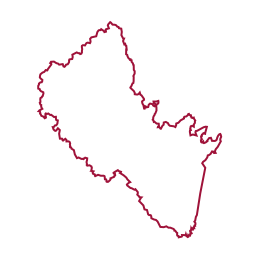 Ballinamore-Lea-6, Leitrim, Ireland (Mercator projection), rotated 186°
{"feature_id": "5873133B64566250281518", "entity_name": "Ballinamore-Lea-6", "entity_type": "district", "adm_level": 2, "iso_a3": "IRL", "parent_name": "Ireland", "parent_adm1": "Leitrim", "projection": "mercator", "projection_center": [-7.852, 54.028], "detail": "fine", "context": "isolated", "style": "outline", "palette": "rose", "viewbox_px": 256, "rotation_deg": 186, "n_neighbors": 0, "source": "geoboundaries", "source_scale": "gbopen_adm2", "svg_char_len": 5821}
<svg xmlns="http://www.w3.org/2000/svg" viewBox="0 0 256 256"><g transform="rotate(186 128 128)"><path d="M53.7,29.9L54.4,31.0L55.3,31.2L55.5,32.2L54.6,33.2L54.6,34.6L54.0,33.6L53.4,34.2L52.8,33.8L52.4,34.7L52.9,35.2L51.7,35.3L52.2,36.5L51.6,37.1L51.7,37.7L51.1,37.8L51.3,38.3L50.9,39.0L51.0,40.5L52.2,41.8L51.5,42.9L51.2,46.7L50.4,48.6L49.3,70.7L47.0,96.5L50.5,100.7L49.8,102.2L47.7,104.1L46.1,107.0L45.8,109.1L44.7,109.5L43.2,110.8L42.0,113.5L40.4,113.4L40.4,112.6L39.8,112.1L38.3,112.4L39.1,113.6L38.9,114.8L38.5,116.1L36.8,118.6L34.3,124.5L35.0,125.7L35.0,127.1L34.4,129.0L35.0,130.8L35.6,131.7L36.4,131.4L37.5,129.9L38.2,127.9L38.6,125.6L39.5,124.6L40.3,124.2L43.1,124.0L44.5,126.9L46.2,126.5L48.2,123.2L47.9,123.0L49.2,121.8L50.9,120.9L51.4,121.1L51.8,122.5L52.9,121.3L53.5,121.5L53.9,121.9L54.2,123.5L53.8,123.7L53.3,124.5L54.1,125.6L54.4,127.1L54.0,127.1L53.7,127.6L53.8,129.1L52.8,130.0L52.5,130.7L51.5,131.1L51.2,130.4L50.7,130.3L50.7,131.2L49.7,137.4L51.0,137.4L52.8,136.7L59.0,132.4L60.2,132.1L60.4,131.7L60.4,130.3L59.1,127.7L62.8,128.3L65.1,127.2L66.1,130.7L66.1,132.2L65.3,132.5L66.1,134.2L65.8,134.8L65.9,135.6L65.7,136.3L64.4,136.9L62.7,136.2L62.9,138.4L62.0,140.1L62.2,141.8L61.9,142.4L63.3,144.1L63.7,145.2L64.6,144.7L65.8,144.9L65.9,145.6L66.7,145.9L66.7,147.2L68.6,147.5L68.9,148.4L69.5,148.2L69.9,147.0L71.2,145.6L73.0,145.1L73.5,144.4L73.3,143.3L76.5,141.1L78.4,138.5L80.5,137.5L80.4,135.8L81.0,133.9L82.6,134.5L86.6,134.6L88.0,135.6L88.6,136.9L91.0,138.0L93.0,137.2L92.9,135.0L94.0,133.8L95.2,130.7L95.6,130.7L97.0,132.2L98.4,131.9L98.3,132.5L97.4,133.1L97.9,135.5L100.0,135.4L102.5,137.1L103.0,136.8L103.6,138.3L104.3,138.8L103.9,139.7L104.0,141.1L103.7,142.4L103.0,143.6L102.9,144.7L102.4,145.2L101.5,148.4L101.9,151.6L102.3,152.1L102.4,153.1L102.0,154.4L100.5,155.6L100.4,157.0L100.7,158.1L102.6,157.3L105.4,157.0L105.2,156.2L104.4,155.2L103.6,154.9L103.3,153.9L102.4,153.1L103.3,152.5L103.8,152.3L105.2,152.9L106.2,154.3L108.6,154.6L109.8,153.3L110.1,151.0L112.0,150.4L112.4,151.2L113.0,151.4L113.0,150.3L113.4,149.9L113.5,149.0L114.0,149.0L115.1,152.4L116.2,153.8L116.8,155.6L116.6,156.2L115.0,157.7L115.2,158.7L118.0,161.9L119.1,162.4L120.0,164.5L121.1,162.8L122.4,162.2L124.8,162.3L125.0,163.7L126.0,165.3L129.8,168.2L129.9,168.5L129.0,170.1L128.2,172.8L127.4,173.3L127.3,175.1L127.7,179.6L128.1,180.2L127.1,182.8L127.3,185.2L128.3,186.4L128.9,191.1L129.3,191.2L129.9,192.8L131.4,194.3L131.5,195.7L132.9,195.9L132.7,196.6L134.0,196.9L134.9,197.6L136.0,199.3L136.4,200.6L137.6,201.2L138.0,205.9L137.5,205.9L138.3,209.5L138.8,209.6L139.6,211.4L140.4,210.8L142.0,214.0L141.3,216.5L142.1,216.4L144.3,219.7L144.2,222.9L145.1,226.1L147.4,226.3L148.0,227.5L149.2,227.6L150.5,228.9L151.9,229.3L154.2,229.2L156.0,231.0L156.8,231.4L158.5,229.0L158.8,227.9L157.4,225.1L160.2,223.9L160.5,223.5L160.0,221.5L161.5,220.9L162.1,221.9L165.0,223.5L165.5,222.5L167.0,222.3L167.6,221.8L168.5,220.2L169.2,215.9L173.9,214.3L175.0,212.7L174.3,210.2L174.4,209.1L174.7,208.4L176.9,208.7L177.9,208.3L178.4,207.8L179.4,205.6L181.4,205.7L182.4,204.9L182.4,203.8L181.8,201.7L181.9,199.9L181.7,198.3L182.2,197.0L183.3,196.5L184.0,197.3L185.2,197.2L186.9,197.8L191.0,195.1L190.4,192.8L190.7,190.8L193.4,190.1L193.7,189.3L193.5,187.9L193.6,187.0L194.6,185.1L196.2,184.5L197.0,182.8L197.6,182.2L198.6,182.5L199.6,184.7L203.1,183.8L204.2,184.7L206.0,185.0L208.6,186.3L211.5,185.8L212.1,184.5L211.2,184.3L210.9,183.2L214.1,177.7L214.1,177.2L214.5,176.7L215.9,177.0L217.2,175.0L218.8,174.2L220.6,172.4L220.9,171.4L221.0,169.2L220.2,168.2L218.2,166.9L218.2,165.4L218.6,164.5L219.9,164.2L221.2,162.9L221.1,161.9L221.7,160.5L221.4,157.8L219.8,157.4L219.5,156.4L218.4,155.5L216.0,154.7L215.7,153.5L216.2,150.8L216.8,150.3L217.0,149.4L218.1,148.8L218.3,147.6L217.8,144.7L218.4,143.9L217.6,142.2L216.7,141.8L216.7,140.8L216.2,139.3L215.2,138.1L217.9,136.3L218.5,135.4L217.4,135.4L216.9,134.2L217.0,133.1L216.4,132.8L215.5,131.1L212.8,130.3L212.8,129.9L211.8,129.0L210.7,129.8L211.2,131.7L211.6,132.2L211.4,132.8L211.6,133.5L211.3,133.9L210.0,133.5L208.8,134.1L206.7,132.8L205.7,133.1L202.7,131.2L200.9,131.6L200.6,129.4L200.1,128.4L198.6,128.2L198.7,124.9L199.6,123.2L200.9,122.9L202.0,121.1L202.9,121.0L201.9,118.8L200.5,117.7L199.6,117.6L199.0,118.2L197.7,120.4L195.6,118.8L195.9,115.1L194.6,110.3L192.5,110.5L192.1,110.1L191.8,109.0L191.3,108.7L189.2,110.7L188.0,109.7L187.8,108.2L185.6,108.5L184.5,107.9L183.9,106.5L184.1,105.6L183.6,104.1L183.8,103.7L183.6,102.9L183.0,103.0L182.2,102.2L182.1,101.6L179.5,100.3L178.1,96.2L175.6,92.7L174.1,93.5L171.1,92.4L169.6,92.5L169.3,92.8L168.9,92.5L167.5,94.0L165.4,93.6L165.4,91.6L165.7,89.8L165.0,87.7L165.2,86.9L164.6,86.3L162.3,86.9L160.3,85.9L160.2,85.3L159.8,84.7L160.0,82.5L159.7,82.1L160.1,81.5L157.8,81.3L158.5,80.0L158.1,78.9L156.1,78.3L155.9,77.0L155.6,76.7L152.9,78.3L150.1,77.7L147.4,78.0L146.6,77.8L146.2,77.5L145.6,74.6L144.4,74.6L143.7,73.3L143.8,72.5L143.2,72.2L142.0,72.5L140.5,74.2L140.0,75.2L140.2,76.1L136.8,77.9L136.6,78.2L136.8,78.5L135.8,79.7L136.2,81.1L137.2,81.1L137.7,81.8L137.0,82.6L133.7,85.0L133.0,84.3L130.4,83.7L130.7,82.5L131.0,82.3L127.4,80.5L124.5,78.5L123.2,76.8L120.2,74.4L121.3,73.8L123.2,71.7L122.8,70.8L119.3,68.6L118.1,68.5L115.7,67.5L114.8,67.3L114.2,67.9L111.6,65.3L111.4,64.3L111.8,62.7L109.7,61.0L109.4,60.4L107.4,60.4L108.0,59.6L109.3,56.5L104.6,52.6L103.1,48.8L100.5,48.4L98.9,44.2L97.9,43.6L96.4,43.7L95.7,42.8L95.3,40.7L92.5,39.7L90.6,39.5L88.8,38.1L85.5,33.0L82.1,33.1L79.6,34.2L77.3,33.1L75.5,33.3L72.3,32.4L71.4,31.8L71.2,30.8L70.2,30.7L68.9,29.2L68.1,28.8L68.0,26.7L67.5,26.0L66.4,25.8L66.1,24.6L63.2,25.6L62.8,26.7L63.0,27.2L60.2,27.4L59.4,27.7L59.3,28.3L59.0,27.6L59.1,27.0L57.2,25.8L56.8,26.1L57.2,26.7L57.0,27.7L56.3,26.9L55.9,27.6L55.0,27.5L54.9,28.5L55.1,29.0L53.7,29.9Z" fill="none" stroke="#9f1239" stroke-width="2"/></g></svg>